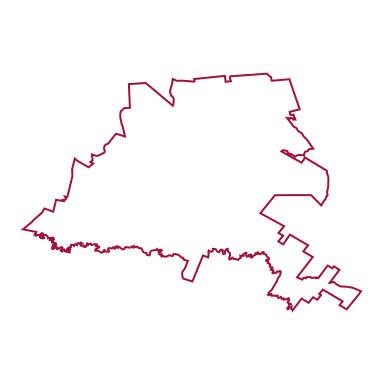 the district of Cermei, Arad, Romania
{"feature_id": "2599482B93088674454934", "entity_name": "Cermei", "entity_type": "district", "adm_level": 2, "iso_a3": "ROU", "parent_name": "Romania", "parent_adm1": "Arad", "projection": "robinson", "projection_center": [21.826, 46.539], "detail": "fine", "context": "isolated", "style": "outline", "palette": "rose", "viewbox_px": 384, "rotation_deg": 0, "n_neighbors": 0, "source": "geoboundaries", "source_scale": "gbopen_adm2", "svg_char_len": 5953}
<svg xmlns="http://www.w3.org/2000/svg" viewBox="0 0 384 384"><path d="M292.6,310.3L301.6,298.6L308.6,302.8L313.0,297.3L317.4,299.7L321.0,295.0L319.2,293.9L322.9,289.6L342.6,301.3L339.6,305.2L346.6,309.3L358.5,294.9L361.0,291.2L352.6,287.7L347.4,286.8L340.6,286.4L337.0,284.6L333.7,282.0L329.7,282.8L339.4,269.9L333.9,266.3L332.3,268.3L327.6,265.6L318.3,278.1L316.8,277.6L316.5,278.2L316.0,278.2L315.1,277.4L311.9,278.1L310.3,276.9L308.2,277.3L307.0,276.9L305.6,278.3L304.7,277.8L303.3,278.1L302.3,279.6L297.1,277.3L312.8,257.0L303.3,251.4L308.1,245.3L289.9,234.6L283.2,244.4L278.3,241.4L283.2,235.8L278.5,233.0L284.1,226.2L260.3,213.2L275.0,195.2L310.6,195.1L311.3,195.3L321.2,205.4L324.4,200.2L325.3,199.7L326.7,195.9L327.2,195.8L327.6,194.8L327.0,192.7L328.2,186.9L328.4,178.8L328.2,176.4L327.3,174.4L326.8,170.7L304.6,157.3L303.7,159.9L301.5,162.7L281.4,151.4L283.0,150.1L287.3,151.0L287.6,151.5L287.6,152.9L290.7,154.0L290.6,154.9L292.5,154.7L295.2,156.8L296.8,155.5L299.2,154.8L300.6,155.2L304.1,155.1L304.2,153.7L305.3,151.6L307.5,151.2L308.6,149.5L309.4,149.1L313.3,148.7L306.6,139.3L303.5,136.2L301.8,133.2L298.2,131.1L296.3,127.9L293.9,126.8L287.1,118.1L289.5,118.5L289.4,118.1L292.7,118.2L293.1,119.6L295.4,119.6L293.4,114.6L290.7,115.2L289.6,111.9L299.7,109.3L289.4,79.2L271.7,80.8L271.1,77.4L266.8,73.7L230.3,76.3L230.0,77.5L230.2,79.3L230.9,81.2L225.6,81.8L224.9,75.9L194.2,79.0L194.6,81.2L193.8,81.6L182.5,80.7L176.8,80.8L172.8,79.0L172.0,84.2L169.9,91.3L171.2,95.9L172.6,96.5L173.8,99.1L173.4,104.2L172.8,105.7L145.7,83.0L128.9,84.1L129.9,107.8L124.4,108.1L120.8,111.3L120.3,113.8L120.3,117.1L121.5,123.4L122.8,127.1L125.0,136.4L116.0,133.8L108.0,143.7L105.9,144.5L104.6,145.8L104.0,148.7L104.9,151.0L104.3,152.7L98.0,155.7L96.1,155.8L92.0,154.5L92.6,160.4L90.4,161.9L93.2,163.5L88.7,167.3L77.8,161.1L74.8,158.6L72.1,169.4L72.4,176.2L67.4,196.8L64.8,196.5L66.1,198.7L65.5,199.7L63.3,199.8L63.9,200.4L63.9,201.2L56.1,199.8L53.2,211.7L44.4,208.5L42.0,212.7L33.6,220.0L31.4,222.4L23.0,229.3L36.3,232.0L35.6,234.1L34.9,234.1L34.7,234.6L35.3,234.4L36.0,235.8L37.8,234.8L39.3,234.9L40.1,237.5L41.1,238.1L43.3,238.4L44.2,238.0L43.9,237.1L41.0,235.4L40.9,234.0L41.8,233.1L42.7,233.3L42.9,234.6L43.5,235.3L46.0,234.8L47.8,236.8L48.0,238.3L52.9,237.5L53.3,237.8L53.2,238.3L50.1,239.1L49.8,240.1L50.6,240.2L53.7,238.8L53.9,239.6L52.8,240.2L53.0,241.1L52.0,241.8L52.0,242.5L55.6,243.0L56.2,244.2L55.4,244.7L54.5,244.0L53.5,244.1L52.1,247.5L52.1,248.7L52.8,249.1L54.0,248.5L54.4,246.2L55.2,245.6L56.4,246.3L56.0,247.9L56.9,249.1L57.3,249.0L57.6,248.1L58.9,248.6L60.6,247.3L62.1,247.1L62.4,247.7L60.7,250.5L61.5,251.4L62.3,251.4L62.9,249.9L63.9,249.4L64.8,251.1L66.3,251.8L66.3,250.1L66.9,249.7L67.3,251.5L69.5,252.4L69.9,252.0L69.7,251.2L67.9,249.7L67.5,248.7L67.9,248.3L69.6,249.6L70.3,249.4L70.0,248.3L69.0,247.5L69.6,247.1L70.3,247.4L70.9,247.1L70.9,244.9L72.9,244.8L74.2,245.8L74.6,244.5L75.2,244.2L77.0,245.2L77.4,244.6L77.3,243.3L79.6,243.4L80.6,242.6L82.2,243.3L80.5,244.8L80.7,245.6L83.1,245.6L82.9,246.2L85.1,247.2L85.6,246.8L85.0,246.3L85.2,245.9L87.5,245.3L86.8,244.2L87.2,243.4L88.7,244.4L90.7,243.5L91.3,244.9L91.8,245.1L94.6,244.2L96.8,244.3L97.0,245.0L96.0,245.6L95.9,246.2L98.6,246.3L99.1,246.6L99.2,247.4L95.6,249.2L95.2,250.6L98.0,250.7L101.5,252.7L103.5,251.9L103.5,250.6L104.3,250.0L104.8,250.2L105.3,251.5L108.7,251.8L109.1,250.9L108.2,250.2L108.2,248.6L108.7,248.1L111.5,248.5L113.5,247.1L114.1,248.5L114.9,248.7L115.3,248.4L115.8,246.8L116.9,246.1L117.6,246.4L117.4,247.6L117.8,248.0L119.6,247.1L121.7,248.9L123.1,249.4L124.3,248.9L125.3,247.1L130.3,247.7L131.8,246.4L133.1,247.6L134.0,246.1L134.8,247.2L137.4,246.6L138.5,248.0L141.4,248.3L143.1,251.8L144.1,252.5L146.5,253.0L146.9,254.8L148.9,255.4L149.8,255.1L150.2,252.2L151.5,250.7L154.6,250.1L155.9,250.3L157.0,248.9L158.1,250.2L160.7,249.6L161.8,250.4L161.4,251.1L159.7,251.3L158.7,252.0L159.3,252.5L160.4,252.1L159.0,254.1L159.5,254.5L161.5,254.3L161.2,255.9L161.7,256.6L162.8,255.7L164.3,256.6L166.3,256.6L169.3,255.2L172.4,256.1L173.0,255.8L173.5,254.2L174.0,253.9L178.5,254.8L181.4,257.5L183.2,257.8L183.5,258.4L183.3,259.1L183.8,259.6L187.8,260.9L185.0,268.2L182.1,272.4L182.5,276.9L183.5,278.7L192.4,281.5L203.0,255.5L208.2,257.4L208.7,253.3L208.3,251.8L208.8,250.7L209.1,251.1L211.7,251.8L212.7,250.9L212.8,248.8L215.7,249.1L217.2,251.4L218.4,252.1L219.1,252.1L220.5,249.8L222.2,249.7L223.2,250.9L222.3,251.7L222.4,252.3L223.3,254.0L223.8,254.0L224.8,253.7L224.9,251.6L226.1,249.4L227.4,248.8L227.9,249.2L227.8,251.3L229.9,253.0L229.9,255.9L229.1,258.4L229.2,259.0L230.0,259.5L230.7,259.2L231.9,257.8L232.7,257.6L233.7,259.1L235.4,259.0L238.2,259.9L239.4,258.5L240.7,258.0L240.3,255.7L242.2,256.2L243.5,255.9L243.6,255.5L242.9,254.5L245.8,252.7L246.4,253.0L246.1,255.5L246.6,256.5L247.8,256.5L248.8,255.1L250.9,254.5L251.3,255.1L250.1,256.6L251.9,257.7L252.4,257.4L252.4,256.3L255.6,254.6L255.4,253.6L255.7,253.2L257.1,253.9L257.4,252.5L257.9,252.3L258.5,252.6L259.0,253.9L260.6,254.2L262.5,252.2L263.4,252.0L263.8,252.3L263.6,253.8L266.0,254.6L266.6,255.9L269.0,258.4L269.1,259.0L266.5,259.8L266.1,260.7L268.4,261.4L268.5,261.8L267.7,263.1L270.1,264.3L270.2,265.3L269.7,265.9L269.9,266.8L272.5,267.4L272.4,268.1L271.1,268.8L270.7,269.7L273.3,270.3L273.4,270.9L272.5,272.2L272.6,273.3L273.1,273.4L274.4,272.7L276.0,273.0L277.2,271.4L278.6,271.8L279.6,271.0L280.3,271.1L280.8,271.9L279.9,275.6L277.9,278.1L277.0,280.9L271.7,289.9L268.6,292.7L268.8,294.1L268.0,294.8L268.5,295.3L269.3,295.1L269.7,294.1L270.7,294.0L271.4,294.1L271.2,295.0L271.7,295.8L274.1,295.5L274.9,295.9L277.5,295.6L277.3,296.6L278.5,298.0L280.9,296.9L281.4,298.7L283.5,298.3L283.6,299.7L285.3,299.2L287.1,299.4L287.5,298.7L288.7,298.2L289.3,299.9L287.6,302.4L289.5,303.7L290.7,303.9L290.9,304.5L289.0,305.0L288.1,307.7L287.2,308.6L287.5,309.2L288.0,309.2L289.0,308.5L289.2,307.7L291.5,306.8L291.2,308.2L291.6,309.2L292.5,309.5L292.6,310.3Z" fill="none" stroke="#9f1239" stroke-width="2"/></svg>